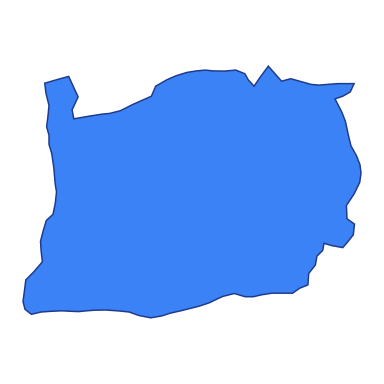 the district of Paço do Lumiar, Maranhão, Brazil
{"feature_id": "56859067B28423582121888", "entity_name": "Paço do Lumiar", "entity_type": "district", "adm_level": 2, "iso_a3": "BRA", "parent_name": "Brazil", "parent_adm1": "Maranhão", "projection": "albers", "projection_center": [-44.126, -2.504], "detail": "fine", "context": "isolated", "style": "filled", "palette": "blue", "viewbox_px": 384, "rotation_deg": 0, "n_neighbors": 0, "source": "geoboundaries", "source_scale": "gbopen_adm2", "svg_char_len": 1382}
<svg xmlns="http://www.w3.org/2000/svg" viewBox="0 0 384 384"><path d="M348.3,134.9L345.5,121.7L342.0,112.5L335.0,98.9L342.8,96.2L350.3,91.9L354.1,83.6L338.0,83.6L318.8,85.1L311.1,84.4L300.7,81.5L290.7,78.7L281.6,81.2L268.3,66.2L259.3,78.4L254.1,86.2L248.3,79.9L244.8,73.7L235.8,70.1L224.0,71.1L213.0,70.9L205.2,70.1L196.5,70.9L187.0,72.4L176.2,75.7L167.2,79.6L155.7,86.2L151.4,96.2L132.9,104.4L120.4,110.7L109.8,113.4L102.4,114.1L90.1,116.0L73.8,118.8L72.1,109.8L78.1,96.9L73.6,87.1L68.7,76.4L58.5,79.2L44.7,83.2L46.0,93.4L49.0,105.5L47.9,116.8L46.6,126.8L49.0,135.3L49.0,144.3L51.8,153.8L53.8,167.6L54.5,175.9L55.3,184.7L56.5,191.9L55.3,203.2L53.0,214.3L46.3,220.5L43.1,231.2L40.5,241.3L41.1,250.8L42.4,261.8L34.0,271.6L25.8,279.9L24.3,292.0L23.0,301.5L25.0,309.3L31.4,314.3L41.1,312.0L51.0,311.3L61.6,310.8L71.3,311.3L78.8,311.6L86.8,310.8L94.6,310.2L105.6,310.0L118.4,310.9L129.1,312.0L138.9,315.5L150.7,317.8L161.5,316.0L170.2,313.2L182.0,310.5L199.7,306.0L209.5,302.7L216.1,299.5L222.8,296.4L234.3,293.5L245.1,296.7L253.4,296.7L262.1,294.7L271.9,293.2L292.6,293.2L299.7,288.2L307.9,284.9L308.7,273.5L315.4,264.9L316.9,256.2L322.7,250.4L324.0,243.3L331.8,245.6L342.8,247.6L347.8,241.8L353.3,234.8L354.5,224.1L347.0,218.7L346.4,205.5L354.1,193.9L359.7,182.4L361.0,173.1L360.0,164.8L356.5,155.8L351.0,145.9L348.3,134.9Z" fill="#3b82f6" stroke="#1e3a8a" stroke-width="1.5"/></svg>